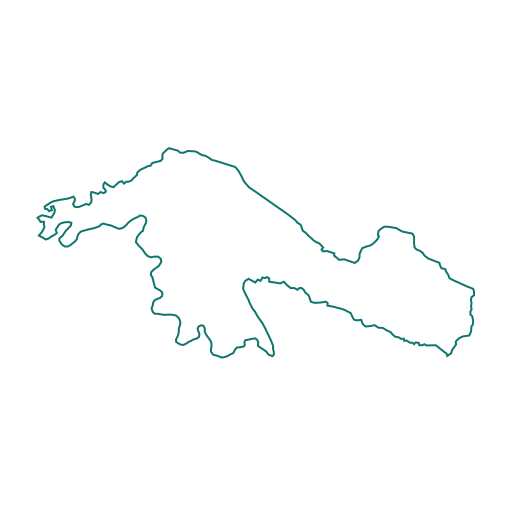 Santa Rita do Novo Destino, Goiás, Brazil, rotated 273°
{"feature_id": "56859067B8436628567433", "entity_name": "Santa Rita do Novo Destino", "entity_type": "district", "adm_level": 2, "iso_a3": "BRA", "parent_name": "Brazil", "parent_adm1": "Goiás", "projection": "natural_earth1", "projection_center": [-49.071, -14.869], "detail": "fine", "context": "isolated", "style": "outline", "palette": "teal", "viewbox_px": 512, "rotation_deg": 273, "n_neighbors": 0, "source": "geoboundaries", "source_scale": "gbopen_adm2", "svg_char_len": 5290}
<svg xmlns="http://www.w3.org/2000/svg" viewBox="0 0 512 512"><g transform="rotate(273 256 256)"><path d="M322.7,115.4L320.4,113.1L317.3,110.1L317.8,107.4L319.4,104.2L321.6,101.1L319.4,99.9L316.1,100.0L314.7,101.8L312.4,102.8L310.8,100.6L311.7,97.3L309.7,95.0L310.9,91.0L311.3,88.3L308.8,87.8L303.8,88.8L301.0,88.7L298.3,86.5L299.1,83.7L296.8,78.9L295.7,76.6L295.4,74.3L295.9,71.9L298.2,70.6L302.0,72.2L303.8,72.1L305.7,70.6L303.8,66.1L302.4,60.3L302.0,57.9L300.9,53.9L299.8,50.2L298.0,47.2L295.8,44.3L294.3,42.3L292.1,42.8L291.9,45.2L290.0,47.0L291.1,49.8L294.4,48.7L295.2,50.9L291.7,52.7L289.4,52.6L287.4,51.8L283.6,49.7L285.5,40.8L284.8,38.8L282.8,35.8L280.9,37.6L278.8,39.1L279.1,42.4L276.2,42.5L273.9,43.2L271.4,42.3L268.8,41.0L265.0,38.1L263.5,41.6L261.5,45.1L262.7,48.2L264.6,50.3L265.9,52.7L268.4,55.9L271.8,54.6L276.8,57.5L278.4,59.3L279.5,62.7L279.9,65.2L280.1,67.7L279.4,69.9L276.6,69.5L272.5,65.9L271.0,64.6L266.5,62.0L263.0,58.6L260.9,58.9L257.6,61.3L255.5,64.4L255.6,67.4L257.2,70.1L258.6,71.7L261.3,74.7L263.5,76.2L266.6,76.8L268.4,77.4L271.1,79.6L271.9,81.6L273.0,85.0L273.9,87.4L274.4,89.7L275.5,93.2L276.6,96.0L277.8,98.5L279.4,99.6L280.4,101.9L279.5,105.7L278.8,109.8L276.6,115.7L276.0,117.8L276.5,120.0L277.8,122.5L280.4,125.0L283.1,127.1L285.3,129.8L287.7,133.5L288.5,135.5L290.4,138.1L290.1,141.2L288.4,143.7L285.9,144.6L283.4,144.4L279.7,142.7L277.7,142.1L275.4,141.9L274.0,140.2L272.2,138.6L268.6,136.2L263.6,135.3L259.8,138.7L256.6,142.3L253.1,144.9L250.4,147.6L249.2,150.8L249.9,153.7L250.3,158.2L248.4,160.9L245.2,161.8L240.9,159.4L237.4,154.9L234.4,152.2L231.4,152.0L229.7,153.5L223.7,155.4L219.2,156.8L216.6,162.0L215.1,163.9L213.2,164.6L211.0,164.2L209.0,162.2L207.7,159.0L206.2,156.9L204.0,155.7L201.3,155.5L198.3,154.5L194.9,155.7L193.1,157.8L193.1,161.5L192.4,167.0L193.0,173.1L192.9,175.6L192.4,179.2L189.7,182.4L187.3,183.4L185.3,184.0L182.0,183.5L179.8,182.8L177.3,182.8L174.5,182.7L171.9,182.0L168.3,180.5L166.0,180.8L164.9,182.6L163.6,185.4L163.3,188.0L165.1,191.3L166.7,193.1L167.6,195.2L169.1,197.4L170.7,201.5L172.3,203.3L175.2,203.6L178.1,202.2L180.6,201.5L182.7,202.5L184.0,204.9L183.6,207.1L181.1,208.6L177.7,208.8L174.6,210.6L168.7,215.2L166.6,216.0L163.8,216.3L160.7,215.9L158.3,216.0L155.2,218.3L154.2,223.1L152.9,226.6L153.1,229.0L154.6,232.8L156.3,235.4L157.9,238.4L161.1,239.8L163.6,241.6L164.2,245.7L165.0,248.6L166.9,249.5L169.0,248.9L171.4,249.7L172.2,253.3L173.2,256.6L173.6,259.9L172.0,261.8L169.7,262.8L166.4,262.6L164.8,265.1L163.0,268.3L160.9,271.5L158.1,273.7L156.9,277.8L158.6,279.0L160.6,278.9L164.8,277.8L167.1,277.8L170.4,276.3L172.4,275.4L174.9,274.0L178.2,272.3L180.6,270.9L183.7,269.3L186.7,267.5L188.9,266.2L193.6,262.5L196.4,260.4L198.2,259.2L200.5,257.8L203.6,255.0L206.3,253.6L208.8,252.1L212.1,250.7L213.9,249.5L221.1,245.5L223.2,244.8L225.6,245.2L228.0,245.1L230.8,246.8L232.8,249.8L230.5,254.6L229.5,256.6L232.5,259.0L231.4,261.8L234.8,263.5L234.5,266.3L235.5,268.1L234.3,270.3L231.0,270.6L230.5,276.6L229.9,281.6L231.8,285.2L228.7,288.3L225.8,292.3L226.0,295.7L224.5,299.2L226.4,301.2L226.3,303.4L224.7,305.5L222.7,306.6L221.2,308.3L219.4,310.6L216.5,312.0L213.3,313.1L212.3,316.6L212.7,321.5L213.1,323.9L214.0,328.2L212.7,330.0L210.1,330.0L210.0,332.3L209.6,334.4L209.3,336.8L208.7,339.1L208.1,342.5L207.1,346.5L204.0,353.5L200.1,355.6L197.6,357.1L197.0,360.1L197.7,364.5L194.0,365.9L191.3,369.0L191.9,373.0L193.1,378.2L190.8,382.0L190.8,386.4L188.5,390.7L186.9,394.5L184.3,397.0L182.8,399.1L182.1,403.2L180.8,405.0L181.2,407.9L179.0,408.5L179.5,410.9L177.4,414.4L177.7,416.6L176.2,418.5L178.0,419.8L177.8,423.0L175.5,423.7L175.6,426.9L176.7,428.9L175.6,430.9L176.3,440.2L173.5,444.2L170.3,448.6L168.6,451.4L166.2,452.2L169.1,456.0L172.2,456.7L178.3,460.5L180.8,459.9L182.7,461.3L184.9,463.7L186.5,466.8L187.8,473.2L191.9,474.7L196.7,474.8L199.2,476.2L201.5,476.2L203.4,476.2L205.3,475.5L207.1,475.2L208.7,473.2L211.6,473.0L214.2,474.1L216.8,473.4L220.3,473.7L223.0,473.0L226.0,473.2L228.2,475.8L232.1,475.6L234.6,474.5L235.4,472.1L236.6,468.3L242.8,452.7L244.1,450.2L246.7,449.3L250.6,446.5L252.8,445.7L253.5,441.8L256.6,440.1L258.8,439.5L262.4,428.3L265.3,424.1L267.6,422.6L269.8,419.3L270.8,416.1L272.8,413.9L277.5,413.1L283.6,412.9L286.5,411.1L288.1,400.7L289.6,397.8L291.2,394.6L291.5,392.2L292.0,387.3L292.1,382.8L289.9,379.6L287.5,377.1L285.4,376.8L283.4,376.6L282.0,377.8L280.0,376.9L277.3,375.0L274.9,372.7L272.8,370.2L271.4,366.2L269.4,361.7L265.0,359.8L262.8,359.3L260.6,359.4L258.5,359.0L256.7,358.1L254.2,355.0L254.8,352.9L257.3,344.2L256.5,339.2L258.5,336.7L260.4,334.0L262.7,334.1L264.6,327.0L264.2,322.4L265.9,321.1L268.0,322.7L269.8,320.8L271.9,318.6L273.1,315.3L274.6,312.7L277.6,309.2L278.9,307.3L281.5,304.8L283.6,301.5L289.6,298.9L291.5,295.5L293.8,293.5L299.6,285.1L306.3,274.3L319.1,253.9L324.3,245.4L329.8,240.1L334.6,237.5L339.8,234.3L343.8,230.6L348.9,210.9L349.6,207.0L352.3,202.6L353.5,200.0L353.8,197.4L355.0,194.5L356.7,191.7L357.3,189.2L357.3,182.2L356.0,179.9L355.2,177.8L355.4,174.4L357.1,172.6L359.1,163.6L358.0,161.9L353.5,157.6L351.2,157.2L348.3,157.6L346.0,155.9L343.5,147.6L340.6,146.0L340.2,143.7L336.0,135.9L333.1,133.1L330.7,132.9L327.3,129.5L325.1,127.9L323.7,125.6L323.3,122.4L321.4,120.5L323.7,118.2L322.7,115.4Z" fill="none" stroke="#0f766e" stroke-width="2"/></g></svg>